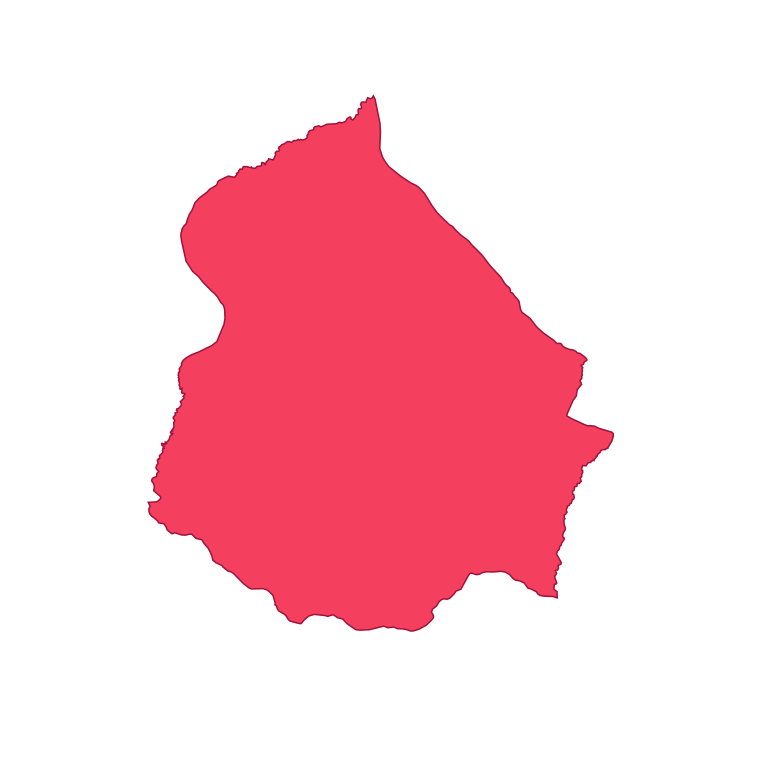 Tunduru, Ruvuma, United Republic of Tanzania, rotated 26°
{"feature_id": "72390352B58168894275482", "entity_name": "Tunduru", "entity_type": "district", "adm_level": 2, "iso_a3": "TZA", "parent_name": "United Republic of Tanzania", "parent_adm1": "Ruvuma", "projection": "albers", "projection_center": [37.262, -10.895], "detail": "fine", "context": "isolated", "style": "filled", "palette": "rose", "viewbox_px": 768, "rotation_deg": 26, "n_neighbors": 0, "source": "geoboundaries", "source_scale": "gbopen_adm2", "svg_char_len": 6170}
<svg xmlns="http://www.w3.org/2000/svg" viewBox="0 0 768 768"><g transform="rotate(26 384 384)"><path d="M248.1,129.7L248.0,131.9L247.0,133.5L243.8,133.9L244.2,138.7L241.3,139.8L240.2,140.8L240.4,143.0L242.1,144.5L242.7,145.8L242.4,146.8L240.7,147.5L240.5,148.1L240.5,149.0L242.6,152.5L242.5,153.3L241.0,154.4L241.2,157.0L240.2,160.4L238.3,160.4L237.3,158.8L236.1,159.0L234.4,162.0L234.4,164.9L231.5,167.9L230.0,168.0L228.6,168.8L227.2,170.9L218.9,175.5L214.7,180.5L212.3,180.5L209.1,183.1L208.7,184.4L209.2,186.6L206.5,188.5L206.0,189.3L205.8,191.3L206.3,192.8L205.8,194.2L207.0,196.7L206.1,198.3L203.9,200.4L201.8,200.8L201.2,201.9L199.9,201.6L198.3,203.7L196.3,204.7L194.9,207.4L192.4,207.7L191.0,208.4L188.7,212.3L187.2,213.7L186.6,216.0L185.7,217.1L185.9,218.5L187.7,219.6L187.1,221.2L185.4,221.8L184.9,224.1L186.0,225.1L186.3,231.1L181.6,232.2L181.9,233.4L180.8,235.9L181.2,238.4L180.9,238.9L179.3,237.9L177.3,238.4L177.0,239.2L178.1,241.0L177.8,242.0L174.5,244.1L173.8,246.5L170.8,247.7L169.7,247.1L168.6,248.2L165.5,248.7L162.3,250.3L162.4,253.3L160.4,253.8L159.9,256.4L160.4,257.6L159.1,259.3L160.0,260.3L159.0,263.7L152.9,265.4L146.3,273.7L145.9,275.4L146.5,277.8L146.1,279.1L142.0,285.3L140.8,289.2L136.4,297.9L134.6,304.0L135.3,311.7L134.7,316.7L135.2,322.9L135.8,325.0L135.8,327.3L135.0,329.1L134.5,333.2L135.4,335.9L135.3,336.9L136.4,339.8L139.6,344.5L152.3,360.4L162.7,366.7L170.1,368.7L176.4,371.7L188.8,376.2L191.7,376.8L196.3,378.8L201.7,382.4L204.3,383.2L206.0,384.4L208.4,387.3L212.4,394.9L214.0,400.6L215.2,419.1L212.4,424.9L203.6,436.2L198.1,442.2L194.9,447.0L193.1,450.7L192.9,454.4L193.6,455.0L193.9,456.2L193.3,460.2L195.0,462.2L194.3,463.6L195.3,466.5L196.3,467.2L196.2,468.3L197.7,469.1L197.5,470.2L199.8,472.9L200.3,474.8L201.8,475.8L202.6,477.9L203.5,477.9L204.5,476.6L206.0,480.7L206.9,480.8L208.8,479.9L209.5,480.2L208.9,483.2L210.0,483.5L210.4,484.3L208.7,489.2L210.8,490.8L211.1,491.9L210.0,496.3L208.7,497.2L208.8,498.4L210.2,499.1L210.4,500.0L208.9,501.7L210.1,503.2L209.1,506.0L209.6,507.1L212.0,508.6L212.2,509.5L211.8,510.7L214.2,514.9L213.8,517.2L214.3,517.6L213.5,518.6L214.3,519.1L213.3,520.2L213.4,521.3L214.1,521.6L215.8,521.1L215.8,522.2L214.9,522.6L215.3,523.3L214.6,524.5L215.2,528.5L214.8,529.0L214.8,530.4L214.3,531.2L214.4,532.2L213.0,532.1L214.3,533.9L213.7,534.1L212.9,533.5L212.5,534.5L210.5,534.6L210.2,535.0L211.4,536.6L213.6,536.5L213.2,537.1L214.6,538.1L213.5,538.5L214.0,540.9L214.9,541.7L215.0,543.1L213.6,546.8L215.0,549.2L214.0,549.9L214.5,550.7L213.6,551.7L215.8,554.6L215.3,556.2L215.6,558.8L216.6,560.1L220.0,561.5L218.9,564.3L220.0,566.1L220.0,567.0L217.6,569.6L217.2,571.3L217.6,572.9L220.4,574.5L221.9,576.0L222.8,577.4L223.8,580.9L232.6,583.2L233.4,584.9L232.3,588.1L231.0,589.8L224.0,593.7L227.5,596.5L227.3,599.0L228.4,601.2L230.2,603.3L233.3,604.8L235.3,604.9L240.8,606.4L242.2,607.6L247.6,606.1L251.0,608.1L253.1,610.2L258.8,611.6L259.9,611.0L261.0,609.4L268.3,608.4L271.6,607.0L275.3,604.1L277.1,603.2L282.6,605.2L288.6,603.8L292.2,606.2L297.7,608.5L301.6,611.3L304.5,613.8L307.4,617.4L311.3,618.3L318.2,618.2L319.5,619.1L325.6,620.5L329.3,619.9L331.9,620.3L345.1,625.0L352.2,626.5L354.7,626.3L365.1,620.9L368.3,620.4L371.2,620.7L376.8,622.6L382.3,628.6L382.7,630.2L384.6,630.6L387.0,633.1L389.0,634.1L395.4,634.6L397.6,635.3L401.3,637.7L403.5,638.3L413.0,636.4L414.6,635.6L415.7,631.0L418.1,625.6L420.7,623.1L422.6,621.5L424.1,621.0L432.7,617.9L435.3,617.5L438.8,614.2L440.1,613.7L444.7,614.4L449.9,613.3L455.7,615.6L466.2,617.2L470.2,615.8L478.5,611.3L490.0,601.7L494.3,601.4L499.2,598.2L503.4,598.0L508.7,595.7L512.0,594.8L515.7,594.5L518.0,593.5L520.7,591.2L523.1,588.8L527.7,582.3L529.9,576.5L530.7,573.7L530.7,571.6L529.9,570.4L526.7,568.2L526.3,565.1L528.6,560.2L528.8,556.1L530.0,553.0L531.6,551.1L535.2,549.7L537.0,547.8L539.0,542.1L539.5,538.6L543.1,534.7L543.8,519.2L544.4,516.3L545.2,515.8L550.9,514.8L553.3,513.0L555.4,510.1L558.1,508.1L565.4,504.6L570.9,501.2L575.3,499.9L580.5,500.2L585.0,502.2L587.8,502.7L592.7,501.4L597.3,501.4L603.1,504.5L605.5,503.8L612.0,503.9L614.4,505.3L616.8,505.7L621.2,504.4L629.0,500.9L633.5,500.3L630.5,494.7L627.1,494.1L626.4,493.5L625.0,489.4L626.5,488.1L626.6,487.2L622.5,483.3L621.8,481.4L622.3,478.9L619.8,476.5L620.1,475.8L621.6,475.2L621.6,472.9L620.4,471.6L620.1,470.4L621.9,468.7L621.8,466.9L613.5,461.1L613.2,458.1L614.0,455.7L613.2,453.0L613.9,451.1L613.4,449.4L614.1,444.1L613.1,443.3L611.7,443.0L610.9,441.5L610.4,438.5L610.8,436.1L610.4,434.3L607.2,430.8L605.4,427.6L605.7,425.6L604.6,425.1L603.3,423.0L604.4,421.3L604.7,418.9L603.3,417.7L602.8,416.0L602.8,414.2L602.3,413.5L603.8,411.7L603.8,409.6L604.6,409.1L604.0,405.3L604.9,404.6L604.8,402.7L603.0,400.2L602.1,400.4L600.9,398.6L600.7,397.5L601.4,396.1L600.4,393.0L602.2,391.2L601.3,388.8L603.1,387.8L604.0,385.1L601.6,382.4L602.4,380.7L601.3,378.5L601.4,376.5L600.5,374.7L599.7,374.9L598.7,373.3L598.3,370.3L601.6,368.8L601.8,365.7L604.0,363.8L605.1,361.0L606.3,360.8L606.1,359.6L606.7,357.4L606.5,355.9L607.2,355.3L607.0,353.3L608.2,350.6L608.1,349.3L608.8,347.6L611.5,346.0L612.3,344.4L613.4,343.6L613.1,342.7L613.8,335.7L613.0,330.5L611.7,328.0L609.8,327.4L596.7,329.6L591.8,329.6L588.0,330.8L585.8,332.2L582.6,332.6L568.3,332.9L562.2,332.5L561.7,330.3L561.1,316.0L562.1,310.6L560.2,304.5L561.7,297.7L561.2,297.6L560.4,296.2L559.1,295.8L558.7,295.2L559.3,291.9L558.4,291.1L558.4,289.3L557.0,287.1L556.4,284.7L555.4,283.5L555.6,282.3L553.0,281.0L554.6,278.9L554.4,276.2L555.6,274.4L555.9,273.5L555.5,273.0L553.4,271.9L546.8,270.6L543.8,271.3L542.3,270.5L539.1,270.5L535.5,271.6L530.8,272.0L528.3,271.7L525.5,270.2L524.5,270.2L521.5,271.8L517.7,270.4L505.3,268.4L498.6,266.5L495.2,265.3L486.5,261.0L476.6,259.1L474.1,257.2L469.0,250.4L466.8,249.2L462.7,247.7L459.7,245.9L458.4,246.2L456.9,245.6L456.7,244.5L455.1,242.8L449.4,241.3L441.8,236.6L428.5,231.6L415.7,225.2L401.3,220.2L397.4,218.3L388.1,216.5L381.6,214.5L376.4,212.3L373.1,212.2L357.0,206.9L349.0,202.7L337.1,195.1L329.5,192.1L325.3,191.4L320.8,191.6L307.9,189.9L293.3,186.6L287.6,183.7L283.2,180.7L277.0,174.3L270.4,159.1L266.0,151.3L251.0,131.8L248.1,129.7Z" fill="#f43f5e" stroke="#9f1239" stroke-width="1.5"/></g></svg>